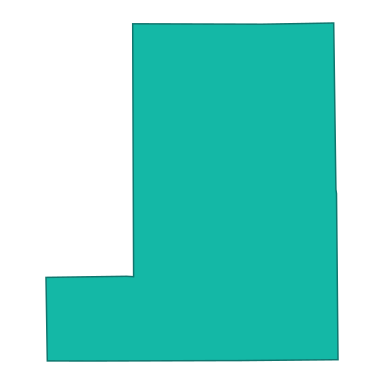 the district of Wells, Indiana, United States of America
{"feature_id": "52423323B5084797475274", "entity_name": "Wells", "entity_type": "district", "adm_level": 2, "iso_a3": "USA", "parent_name": "United States of America", "parent_adm1": "Indiana", "projection": "natural_earth1", "projection_center": [-85.249, 40.742], "detail": "fine", "context": "isolated", "style": "filled", "palette": "teal", "viewbox_px": 384, "rotation_deg": 0, "n_neighbors": 0, "source": "geoboundaries", "source_scale": "gbopen_adm2", "svg_char_len": 304}
<svg xmlns="http://www.w3.org/2000/svg" viewBox="0 0 384 384"><path d="M46.0,277.4L47.3,360.9L90.7,361.0L220.9,360.6L236.1,360.6L338.0,359.7L336.5,193.6L335.9,189.5L333.7,23.0L306.2,23.5L262.2,24.2L132.7,23.8L133.6,276.7L126.5,276.3L46.0,277.4Z" fill="#14b8a6" stroke="#0f766e" stroke-width="1.5"/></svg>